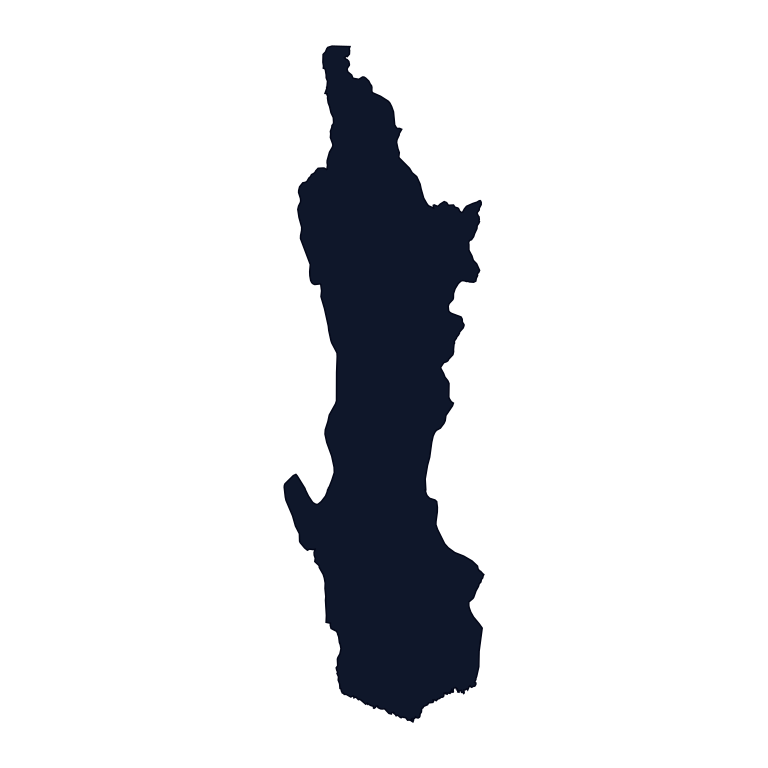 the district of Namentenga, Namentenga, Burkina Faso
{"feature_id": "67063806B10845212636131", "entity_name": "Namentenga", "entity_type": "district", "adm_level": 2, "iso_a3": "BFA", "parent_name": "Burkina Faso", "parent_adm1": "Namentenga", "projection": "equal_earth", "projection_center": [-0.49, 13.239], "detail": "fine", "context": "isolated", "style": "filled", "palette": "ink", "viewbox_px": 768, "rotation_deg": 0, "n_neighbors": 0, "source": "geoboundaries", "source_scale": "gbopen_adm2", "svg_char_len": 6081}
<svg xmlns="http://www.w3.org/2000/svg" viewBox="0 0 768 768"><path d="M476.7,263.9L473.3,260.3L471.9,255.8L469.2,250.8L468.9,249.8L468.9,244.6L468.6,242.7L469.0,241.4L469.8,240.3L471.5,239.7L473.6,236.7L474.6,233.6L476.9,228.7L477.2,225.6L478.8,223.3L479.5,221.5L479.0,220.7L479.3,219.5L479.0,216.7L478.1,215.7L477.0,212.9L479.2,210.0L479.3,208.2L481.2,204.6L481.2,202.3L480.6,201.0L480.1,200.6L478.8,201.0L477.1,202.1L472.8,203.5L466.5,206.3L464.4,208.9L462.7,212.1L461.5,212.5L459.8,211.3L458.5,208.6L457.8,208.0L455.0,207.2L453.5,205.0L448.4,205.3L446.6,202.6L444.2,201.6L440.2,204.1L438.3,206.0L437.2,206.2L434.3,204.9L433.3,205.3L433.6,208.1L428.4,205.7L426.7,203.4L423.7,198.1L421.1,188.9L420.1,184.1L416.7,176.6L412.2,172.8L409.5,168.3L399.2,157.9L398.8,156.9L399.3,152.6L397.9,148.7L396.6,142.4L397.0,139.7L399.2,134.9L399.2,133.7L401.7,129.3L399.6,128.4L397.4,128.5L396.5,127.9L394.7,124.9L393.5,111.8L391.7,106.7L389.9,103.1L388.4,101.3L380.6,96.3L372.9,92.9L372.0,91.9L371.8,90.3L371.9,87.3L371.5,85.7L370.2,84.0L368.8,81.1L365.7,78.1L363.9,77.0L362.5,77.0L358.9,79.3L353.8,78.4L352.8,78.0L351.7,75.1L347.9,71.9L347.1,69.5L347.5,67.9L349.3,65.3L349.4,64.3L348.8,61.4L347.1,59.6L345.9,59.1L344.5,57.7L346.5,56.1L347.3,56.6L349.4,54.1L349.6,50.4L349.2,48.9L350.0,46.6L332.0,46.1L327.8,47.4L326.8,48.7L325.5,51.9L323.1,54.4L322.9,62.3L323.5,66.0L323.3,68.2L324.6,68.6L325.3,69.6L326.2,75.0L326.2,77.8L327.5,81.1L327.0,86.8L326.6,87.2L326.9,88.0L325.0,93.4L327.1,93.7L326.9,94.6L327.7,96.2L327.5,98.0L328.2,102.8L329.6,106.5L331.0,112.7L333.3,117.6L333.6,122.5L333.1,124.3L332.0,125.4L331.8,127.5L330.4,131.3L330.7,133.9L330.4,137.5L332.7,143.9L332.9,145.3L332.4,147.1L329.5,152.2L327.2,160.5L327.1,162.8L327.5,165.2L326.9,169.3L326.3,169.5L324.6,168.2L323.3,168.0L318.1,168.3L315.8,170.8L315.0,172.3L313.7,173.5L311.5,174.6L310.5,176.6L308.9,178.0L307.0,181.3L305.5,182.3L302.8,182.8L299.6,186.8L298.7,190.4L298.6,192.5L300.5,198.5L300.7,200.9L300.4,202.4L298.6,206.0L297.8,209.4L299.0,217.4L301.7,227.2L301.6,230.6L300.6,235.5L300.5,238.5L310.3,264.5L309.7,271.7L309.9,275.9L310.7,280.5L311.8,282.7L313.2,283.9L314.8,284.5L320.1,283.9L320.8,284.6L321.6,290.9L321.0,296.6L324.5,308.6L328.3,325.9L328.8,330.5L331.0,340.7L331.8,343.0L337.0,352.9L337.2,356.5L336.6,372.4L336.5,400.8L335.5,403.9L329.3,415.0L327.9,421.6L325.3,429.7L325.0,434.1L326.8,442.5L331.7,456.0L334.1,467.2L334.3,472.6L331.8,480.4L329.4,486.5L328.3,488.2L328.0,489.9L327.6,489.9L327.1,492.2L325.5,496.1L321.3,501.6L318.0,504.3L315.9,504.4L313.0,502.7L312.1,501.6L308.4,496.0L305.6,490.3L304.9,488.3L297.2,475.9L295.9,474.4L293.3,475.6L285.0,483.8L284.4,485.3L284.2,487.2L285.3,497.0L286.0,500.3L292.6,515.9L295.5,526.1L299.4,533.7L299.6,541.2L300.2,542.6L304.6,547.9L307.4,550.2L309.5,549.1L313.0,549.6L315.1,549.3L314.1,552.4L314.2,555.1L314.9,557.3L315.3,557.7L314.8,561.6L319.1,565.6L319.3,567.5L323.2,574.4L324.3,578.0L325.2,583.1L325.0,588.6L325.8,596.5L325.5,600.2L326.4,615.5L326.1,622.3L330.4,623.2L330.3,625.4L331.1,628.5L336.4,631.2L337.5,633.0L337.6,634.0L338.7,636.9L339.4,642.5L340.3,644.8L341.0,648.8L339.9,653.9L337.9,657.5L337.4,659.1L337.7,665.8L336.2,667.8L336.7,670.0L337.7,672.3L337.0,673.4L338.5,676.8L338.2,680.1L339.6,683.8L340.0,688.5L341.0,688.9L341.4,691.0L342.4,693.1L343.4,693.0L344.2,694.4L346.3,694.4L350.8,697.0L353.1,695.9L353.8,696.4L353.9,697.8L356.0,697.1L358.4,699.7L359.6,699.3L360.7,699.9L365.7,704.2L367.0,703.3L367.5,704.1L367.9,703.5L369.1,704.6L371.0,705.6L373.5,706.3L373.5,708.0L374.0,708.3L375.5,707.4L376.0,706.3L377.7,706.0L377.9,706.5L377.7,707.0L378.2,707.7L380.5,708.8L382.2,709.0L384.5,708.7L388.9,713.4L391.4,714.0L391.9,712.6L393.3,712.3L393.9,712.6L393.8,713.3L395.5,714.7L396.1,715.8L397.8,715.2L400.4,717.5L401.4,717.7L402.5,716.9L404.0,717.5L405.5,717.5L407.6,720.2L409.1,720.0L410.3,720.3L411.4,719.3L411.3,720.9L412.9,721.9L413.5,720.4L413.2,718.6L414.4,718.6L415.6,716.9L416.1,717.5L418.1,718.0L419.5,717.1L419.9,716.1L420.1,714.0L421.4,712.0L421.7,708.4L422.7,708.0L423.8,706.3L427.6,704.7L428.5,702.9L432.9,702.4L433.7,700.9L433.1,699.9L434.3,699.6L436.2,700.7L437.9,699.0L439.5,698.5L441.0,697.3L442.8,697.1L443.7,696.1L444.0,693.1L445.8,692.7L445.5,693.7L447.2,694.2L447.9,692.9L449.4,693.3L450.2,692.0L450.6,692.7L451.6,690.1L452.2,692.2L453.3,692.0L453.4,691.3L453.1,690.1L453.6,688.3L455.2,687.5L456.1,687.8L456.2,688.8L457.2,688.9L457.0,690.0L457.9,690.3L457.7,691.9L459.0,692.2L459.1,691.0L461.1,690.4L461.5,692.4L462.9,692.4L463.7,693.5L464.2,692.9L463.9,690.0L465.7,689.7L466.6,688.8L467.1,688.9L467.7,689.9L469.2,686.5L470.0,685.7L471.0,687.0L471.8,687.3L472.8,686.5L474.8,686.1L475.8,684.5L475.9,683.0L474.6,682.3L475.9,679.4L475.8,678.8L476.7,676.2L478.8,666.7L479.1,651.3L482.2,628.1L479.3,624.0L473.5,617.0L470.7,612.0L469.1,607.4L468.8,605.5L468.8,602.0L472.9,598.5L473.7,597.3L476.0,590.8L478.4,586.5L479.2,583.8L480.9,582.0L481.4,579.5L482.7,577.9L483.0,576.3L483.8,574.5L482.8,573.8L480.5,571.2L479.5,570.9L478.0,568.8L477.5,566.1L472.1,561.0L463.7,556.1L454.8,552.6L448.1,547.7L444.6,543.7L437.6,529.6L435.9,524.6L436.0,521.6L437.3,511.9L437.4,507.4L436.7,501.6L435.0,500.0L429.6,498.3L427.1,495.7L426.3,494.0L425.1,489.9L425.8,489.9L425.2,479.0L427.5,465.4L429.7,457.1L431.7,442.4L433.1,436.1L434.7,432.5L436.4,430.3L440.4,428.1L444.0,423.3L445.2,420.7L445.9,415.5L452.5,405.8L453.4,403.1L451.3,401.8L449.4,398.8L448.8,397.1L449.0,383.5L447.9,380.9L444.9,377.0L443.6,373.5L441.1,368.9L440.7,367.9L440.8,367.1L443.7,362.7L446.7,361.6L448.0,360.6L448.7,359.2L452.9,354.7L453.6,351.7L453.5,349.6L454.0,344.2L454.5,343.3L454.4,341.0L456.2,338.5L457.0,336.7L458.4,335.1L459.4,333.3L459.6,332.0L463.2,327.9L464.0,325.6L464.0,324.6L462.4,322.1L462.2,319.1L461.1,317.0L451.5,313.4L449.4,312.0L448.6,310.6L448.2,306.2L449.1,303.6L452.9,299.5L453.4,298.0L453.5,293.6L455.1,288.7L458.3,283.5L460.9,281.1L462.4,280.6L464.4,280.8L466.6,281.5L468.2,281.3L469.2,281.9L473.7,282.2L475.8,281.1L476.3,278.3L477.6,275.6L477.4,274.5L477.7,273.4L478.7,272.5L479.6,270.4L476.7,263.9Z" fill="#0f172a" stroke="#020617" stroke-width="1.5"/></svg>